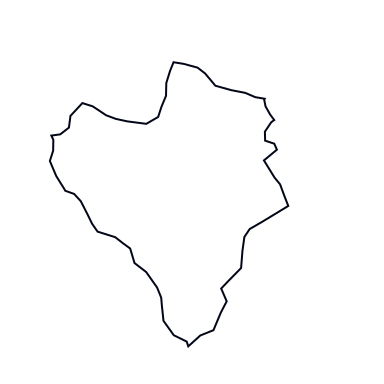 Sala, Västmanland, Sweden, rotated 150°
{"feature_id": "70781695B82098029436339", "entity_name": "Sala", "entity_type": "district", "adm_level": 2, "iso_a3": "SWE", "parent_name": "Sweden", "parent_adm1": "Västmanland", "projection": "albers", "projection_center": [16.494, 60.0], "detail": "fine", "context": "isolated", "style": "outline", "palette": "ink", "viewbox_px": 384, "rotation_deg": 150, "n_neighbors": 0, "source": "geoboundaries", "source_scale": "gbopen_adm2", "svg_char_len": 1057}
<svg xmlns="http://www.w3.org/2000/svg" viewBox="0 0 384 384"><g transform="rotate(150 192 192)"><path d="M115.6,131.8L114.1,141.6L111.9,154.6L113.3,163.2L113.9,183.4L97.3,186.2L96.6,192.7L103.0,199.9L98.7,207.8L88.5,212.8L84.8,213.2L85.6,220.0L85.5,229.4L83.3,235.9L82.4,236.4L89.8,242.5L96.3,251.2L107.1,260.6L118.6,272.3L121.4,288.2L125.0,296.9L135.1,307.1L143.1,313.6L144.9,312.2L150.4,307.9L159.8,299.2L166.4,288.3L175.8,281.1L183.8,273.9L197.5,273.9L212.7,285.5L221.4,293.4L228.0,301.4L235.2,315.9L242.5,323.8L259.2,318.7L266.4,309.3L277.3,307.8L285.6,311.2L286.0,306.5L291.6,297.2L299.6,289.9L301.6,273.7L301.1,258.7L301.1,256.4L295.0,249.2L292.9,239.5L293.7,224.2L294.4,214.5L293.6,204.9L285.9,196.5L281.1,191.3L277.4,182.1L273.8,174.0L275.7,166.0L277.3,159.2L271.7,145.6L270.0,126.7L271.5,115.9L274.7,109.1L281.1,94.7L279.4,77.1L271.4,65.1L272.4,60.2L256.5,63.6L242.5,61.6L227.4,73.1L216.6,80.0L215.0,93.8L205.2,96.7L187.5,101.6L177.6,116.0L169.1,126.9L160.5,131.1L146.4,131.1L115.6,131.8Z" fill="none" stroke="#020617" stroke-width="2"/></g></svg>